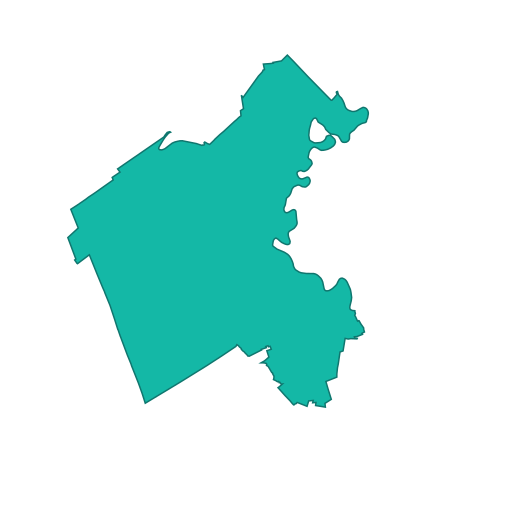 El Higo, Veracruz, Mexico (orthographic projection), rotated 152°
{"feature_id": "50627088B45617363744287", "entity_name": "El Higo", "entity_type": "district", "adm_level": 2, "iso_a3": "MEX", "parent_name": "Mexico", "parent_adm1": "Veracruz", "projection": "orthographic", "projection_center": [-98.455, 21.767], "detail": "fine", "context": "isolated", "style": "filled", "palette": "teal", "viewbox_px": 512, "rotation_deg": 152, "n_neighbors": 0, "source": "geoboundaries", "source_scale": "gbopen_adm2", "svg_char_len": 6097}
<svg xmlns="http://www.w3.org/2000/svg" viewBox="0 0 512 512"><g transform="rotate(152 256 256)"><path d="M106.8,363.0L107.8,363.2L108.2,362.7L108.4,362.5L108.4,360.7L113.2,358.8L115.1,358.2L115.7,357.9L116.0,357.9L116.6,358.4L125.9,389.9L131.4,409.9L134.0,418.7L141.9,416.3L150.0,418.9L150.0,418.6L150.1,418.1L152.8,419.1L159.4,422.0L160.3,419.0L160.6,418.1L160.8,417.1L161.0,416.6L162.6,416.8L163.2,416.1L164.5,415.4L169.2,413.8L192.9,402.1L193.5,404.8L194.1,402.7L194.7,401.2L197.9,391.9L201.5,391.6L203.4,386.8L206.1,386.4L209.1,385.5L211.6,385.0L226.0,381.2L230.8,380.2L237.9,378.3L238.4,378.0L242.2,376.9L244.6,376.3L246.2,378.2L247.4,380.2L247.8,380.7L248.7,380.4L249.0,379.0L249.5,378.5L249.9,378.5L250.4,378.6L250.9,379.0L251.7,379.2L251.9,379.1L255.9,383.3L266.9,392.3L269.1,393.4L271.4,394.1L274.3,394.8L277.0,395.0L286.0,393.5L287.7,393.6L289.6,394.0L291.2,395.1L291.4,395.7L291.5,396.4L291.0,397.3L289.1,398.6L283.3,402.1L280.4,403.6L276.0,405.3L275.1,405.5L273.3,405.4L273.7,406.2L275.2,406.6L276.4,406.8L279.2,405.6L281.6,404.3L337.3,397.9L336.7,393.9L346.1,392.9L346.4,390.2L369.9,387.2L376.2,386.6L379.7,386.0L390.4,384.8L397.6,384.2L399.8,364.2L413.5,360.6L416.5,337.8L418.0,337.6L417.5,333.5L417.2,333.0L402.6,335.3L404.8,314.7L406.2,300.1L406.5,295.6L406.7,294.8L408.1,280.9L410.6,266.2L412.5,256.0L412.4,255.7L413.5,248.9L413.6,247.7L413.8,246.4L416.1,228.9L417.0,219.7L417.4,217.5L419.5,198.8L421.1,187.9L422.9,178.0L382.4,180.2L350.9,182.3L332.6,183.9L316.2,185.6L314.5,186.7L313.5,184.8L313.4,183.8L312.4,181.2L312.8,180.5L312.1,178.1L311.4,176.9L311.2,175.6L310.4,173.1L310.1,171.4L309.6,171.2L309.0,170.7L295.2,170.4L295.2,171.1L289.9,170.2L289.9,171.5L287.5,171.1L287.5,169.9L285.9,169.6L286.3,166.5L290.9,167.3L292.1,160.7L296.8,159.6L298.0,159.4L301.7,159.3L299.2,157.9L298.2,157.2L298.2,156.8L297.4,156.4L297.3,155.4L297.8,154.6L298.1,154.4L297.1,152.8L296.8,145.8L296.4,145.4L296.3,144.9L296.3,144.5L296.6,144.3L296.6,142.7L296.5,141.6L297.5,139.8L298.6,138.7L297.0,136.6L296.2,135.1L295.8,134.7L294.9,134.6L294.7,133.6L295.0,133.3L294.7,133.0L294.2,133.0L294.2,132.6L294.0,132.4L294.0,131.6L293.7,131.1L293.5,130.9L292.8,130.6L297.0,129.6L298.4,129.4L295.9,119.2L293.9,112.1L293.2,108.6L292.7,106.9L292.4,106.7L292.2,106.9L290.3,107.0L289.7,106.8L288.6,107.4L288.2,107.2L281.5,99.3L277.5,103.3L273.3,101.6L274.9,99.8L271.8,98.5L273.6,96.0L265.7,90.0L264.3,93.5L256.8,94.1L254.7,105.3L253.2,112.4L241.5,111.1L240.0,113.9L236.5,119.1L234.1,122.0L226.9,131.8L223.7,131.3L216.0,141.4L213.6,139.4L211.2,138.6L205.7,135.4L205.3,135.7L207.5,137.0L207.1,138.5L204.7,137.5L198.8,136.8L198.9,138.0L195.9,138.0L195.4,140.5L194.7,142.0L195.3,146.7L195.4,150.5L195.6,150.7L196.7,150.6L196.9,151.1L196.6,155.7L196.7,157.2L195.2,158.6L195.0,159.4L195.1,159.7L194.4,161.3L196.4,162.6L197.1,163.4L197.7,164.3L197.8,165.0L197.7,165.7L197.3,166.7L196.4,167.9L192.9,171.8L191.0,174.5L189.3,179.1L188.5,181.7L188.3,182.9L187.8,190.1L188.0,192.0L188.3,193.1L188.7,194.0L189.8,195.5L190.4,196.1L190.8,196.2L191.6,196.5L192.3,196.5L193.4,196.3L195.6,194.9L198.0,193.1L199.8,192.4L203.6,191.4L205.5,191.2L207.8,191.2L209.8,191.9L210.9,192.8L211.3,193.9L211.2,195.2L209.3,201.7L209.1,203.8L209.2,205.9L210.3,209.3L211.0,210.8L211.9,212.1L213.3,213.4L219.7,216.9L223.9,219.9L225.4,221.5L227.2,224.6L227.7,225.9L227.8,227.3L227.7,229.3L226.9,231.6L226.5,234.0L226.3,236.8L226.4,239.1L226.7,240.9L227.3,242.7L229.2,246.0L234.2,252.2L236.3,256.6L236.3,257.6L236.0,258.2L233.9,260.9L233.0,261.8L231.8,262.4L230.4,262.6L229.8,262.3L228.8,260.7L227.9,258.2L227.0,256.0L225.6,254.0L224.6,252.8L223.7,251.9L222.5,251.1L221.4,251.0L220.5,251.1L220.2,251.3L219.1,252.7L218.8,253.9L218.3,257.5L217.6,259.6L216.9,260.9L216.2,261.6L215.1,262.2L209.3,262.6L207.1,263.5L205.4,264.5L204.5,265.4L203.8,266.7L203.0,269.1L200.0,276.2L199.8,276.8L199.8,277.5L200.0,278.3L200.5,278.9L201.3,279.4L202.6,279.6L205.8,279.4L207.3,279.4L208.6,279.8L209.2,280.2L209.7,280.9L209.8,281.3L209.9,282.7L209.7,283.7L208.5,285.6L206.8,286.8L205.8,287.8L202.1,292.6L201.4,292.9L198.9,293.4L197.4,294.1L195.8,295.2L192.6,298.3L190.3,299.3L189.0,299.3L186.2,299.1L185.0,298.6L184.1,297.8L183.0,296.0L182.5,295.4L180.4,293.9L179.6,293.6L178.5,293.7L175.9,294.3L174.4,295.2L173.2,296.5L172.7,297.4L172.5,298.5L172.5,299.6L172.5,300.1L172.7,300.6L173.0,301.1L173.8,301.7L178.5,302.2L179.8,302.8L180.3,303.3L181.1,304.3L181.3,304.9L181.5,306.2L181.5,307.7L181.3,308.7L181.0,309.8L180.2,310.6L179.6,310.8L178.0,310.9L176.1,310.4L175.0,308.9L173.8,308.0L172.5,307.8L170.8,307.8L169.0,308.2L163.8,310.6L163.0,311.4L162.6,312.9L162.5,313.9L162.7,315.2L163.6,316.9L163.7,317.4L163.7,318.5L163.4,319.0L160.5,322.5L158.8,323.8L156.6,324.8L155.1,325.1L154.3,325.1L153.6,324.9L153.0,324.6L151.4,322.8L150.8,321.9L149.7,319.8L148.8,318.7L147.0,317.8L145.2,317.2L142.8,316.6L141.9,316.5L139.2,316.4L136.2,316.8L134.3,317.5L132.9,318.7L132.5,319.1L132.1,320.0L131.7,322.0L132.7,325.4L133.6,327.7L134.1,328.0L135.4,328.4L137.6,328.6L139.7,326.7L140.8,326.2L142.3,325.8L143.7,325.7L145.7,325.9L148.8,327.2L150.6,328.0L151.6,328.8L153.5,331.7L154.0,332.7L154.1,333.5L154.0,334.0L152.7,337.9L151.6,339.5L150.0,342.0L148.8,343.5L146.4,346.0L144.8,347.9L144.2,348.5L141.2,350.1L140.5,350.3L139.6,350.2L138.8,349.9L138.5,349.7L138.1,348.5L138.2,345.0L135.7,340.7L135.3,339.7L134.8,337.6L135.0,335.0L133.7,330.8L132.6,328.6L129.4,326.3L128.2,325.1L127.1,323.6L126.8,322.4L126.6,317.0L126.0,315.8L124.8,314.9L123.1,314.2L122.5,314.1L120.8,314.2L120.2,314.5L119.6,314.7L118.5,315.6L116.5,319.1L116.1,319.7L115.5,320.1L114.8,320.4L113.2,320.8L110.4,321.1L105.3,323.1L103.5,323.3L100.3,323.3L98.8,323.0L97.3,322.6L96.6,322.5L95.7,322.7L95.3,323.0L94.8,323.8L92.7,325.5L90.1,328.8L89.5,330.0L89.1,331.6L89.2,333.2L89.3,334.1L89.6,334.8L90.1,335.6L91.1,336.6L91.8,337.0L94.4,337.1L98.4,336.9L99.6,337.0L101.6,337.6L103.3,338.5L103.9,339.1L105.5,340.8L106.1,341.6L106.7,342.7L107.0,343.8L107.2,345.2L107.0,346.8L106.5,349.6L106.3,352.4L106.4,355.2L107.3,358.0L107.4,359.3L107.4,360.2L106.8,363.0Z" fill="#14b8a6" stroke="#0f766e" stroke-width="1.5"/></g></svg>